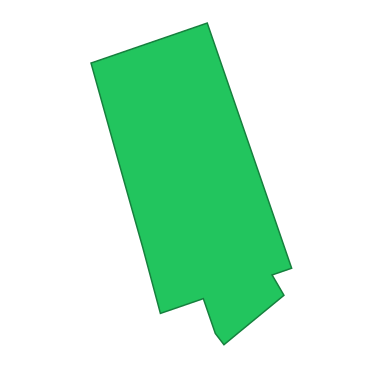 Roxby Downs, South Australia, Australia (Natural Earth projection), rotated 161°
{"feature_id": "25037944B85106510810268", "entity_name": "Roxby Downs", "entity_type": "district", "adm_level": 2, "iso_a3": "AUS", "parent_name": "Australia", "parent_adm1": "South Australia", "projection": "natural_earth1", "projection_center": [136.886, -30.549], "detail": "fine", "context": "isolated", "style": "filled", "palette": "green", "viewbox_px": 384, "rotation_deg": 161, "n_neighbors": 0, "source": "geoboundaries", "source_scale": "gbopen_adm2", "svg_char_len": 364}
<svg xmlns="http://www.w3.org/2000/svg" viewBox="0 0 384 384"><g transform="rotate(161 192 192)"><path d="M261.4,87.5L216.0,87.5L216.0,50.6L211.5,37.2L194.5,43.6L180.0,49.0L138.7,64.4L140.8,75.1L143.3,87.5L122.6,87.5L122.6,232.6L122.6,346.8L245.5,346.8L250.4,264.4L254.9,186.2L256.6,155.8L261.4,87.5Z" fill="#22c55e" stroke="#15803d" stroke-width="1.5"/></g></svg>